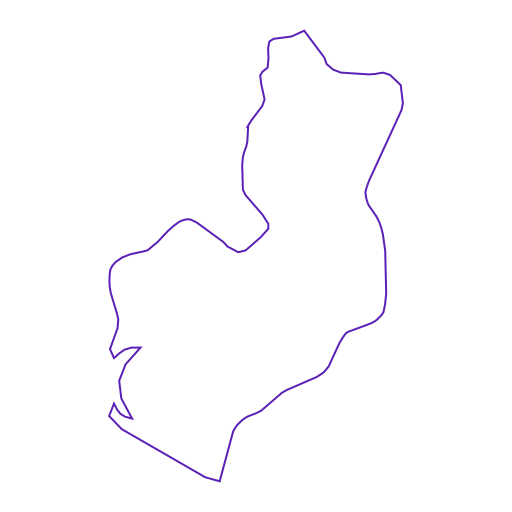 Montserrado, Robinson projection
{"feature_id": "LBR-788", "entity_name": "Montserrado", "entity_type": "County", "adm_level": 1, "iso_a3": "LBR", "parent_name": "Liberia", "parent_adm1": "", "projection": "robinson", "projection_center": [-10.594, 6.529], "detail": "fine", "context": "isolated", "style": "outline", "palette": "violet", "viewbox_px": 512, "rotation_deg": 0, "n_neighbors": 0, "source": "natural_earth", "source_scale": "10m", "svg_char_len": 1582}
<svg xmlns="http://www.w3.org/2000/svg" viewBox="0 0 512 512"><path d="M219.7,481.3L205.1,477.2L121.8,429.2L109.1,416.0L114.0,403.6L117.1,409.6L120.4,413.8L125.1,416.7L132.1,418.6L121.3,398.4L119.2,380.7L125.6,364.3L140.5,347.6L131.2,347.6L124.5,349.7L119.2,353.4L114.0,358.1L109.9,348.9L110.0,348.7L110.3,348.3L117.5,328.3L118.3,319.4L116.9,313.3L110.8,293.1L109.8,287.3L109.4,281.4L109.7,274.3L110.3,269.8L112.2,266.0L115.5,262.1L122.5,257.3L130.5,254.2L145.8,250.9L148.1,249.9L157.7,241.9L167.8,231.1L173.7,225.8L179.5,221.6L184.1,219.8L187.8,219.2L191.1,219.7L197.0,222.7L223.1,241.8L225.4,244.1L227.4,246.5L238.2,252.2L245.6,250.4L260.6,237.3L268.3,228.8L268.3,223.8L262.6,214.8L245.6,195.2L242.9,189.7L242.2,165.1L242.9,157.2L243.9,153.0L246.4,146.0L247.3,141.7L248.1,127.4L247.3,127.1L251.2,120.6L262.3,105.9L264.6,99.4L261.2,84.0L260.2,75.4L262.6,71.6L267.6,67.6L268.5,58.5L268.1,48.3L269.4,41.5L273.7,38.8L291.5,36.5L304.2,30.7L324.4,57.7L326.5,63.9L333.1,69.6L340.9,72.6L368.9,74.4L375.0,74.0L380.4,73.0L383.4,72.7L390.1,75.0L400.7,85.1L402.9,103.2L401.5,110.1L369.0,180.8L366.6,187.5L365.4,192.3L366.1,197.6L367.7,203.1L368.9,205.6L376.6,216.7L379.4,222.4L381.4,228.3L382.9,234.4L385.2,250.9L386.2,293.8L385.0,304.9L383.4,312.3L381.4,315.2L376.6,320.0L373.8,321.9L370.8,323.4L348.2,331.8L345.9,333.2L343.0,337.2L339.4,343.1L328.7,366.4L324.5,371.5L322.1,373.5L316.7,377.0L286.9,389.9L281.9,392.8L261.0,410.8L255.7,413.4L248.1,416.3L245.2,417.9L242.1,420.2L237.3,424.9L234.9,428.3L233.1,431.6L219.7,481.2L219.7,481.3Z" fill="none" stroke="#5b21b6" stroke-width="2"/></svg>